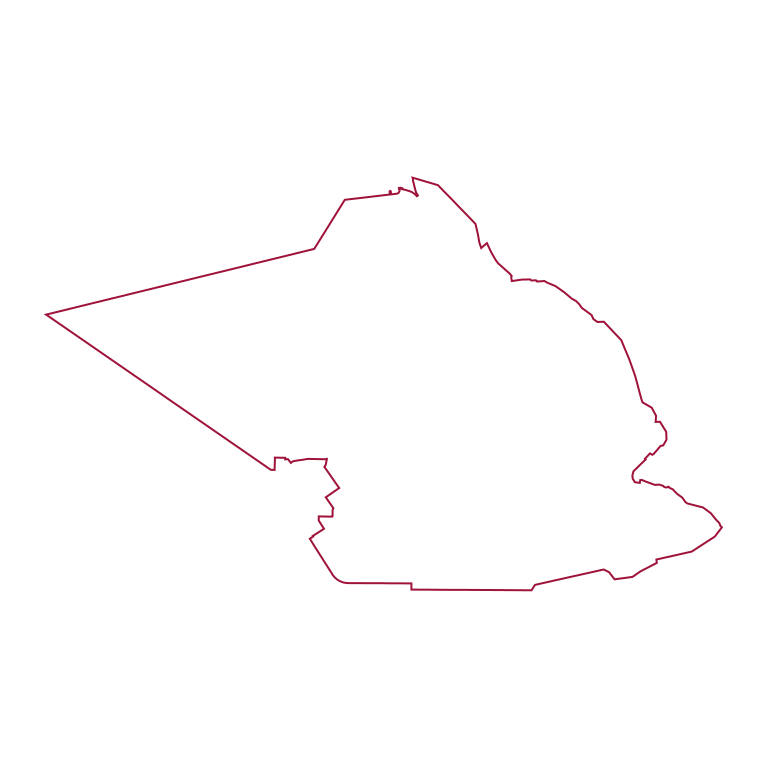 Noordoostpolder, Flevoland, Netherlands (Albers equal-area conic projection)
{"feature_id": "6326949B24285536392101", "entity_name": "Noordoostpolder", "entity_type": "district", "adm_level": 2, "iso_a3": "NLD", "parent_name": "Netherlands", "parent_adm1": "Flevoland", "projection": "albers", "projection_center": [5.775, 52.726], "detail": "fine", "context": "isolated", "style": "outline", "palette": "rose", "viewbox_px": 768, "rotation_deg": 0, "n_neighbors": 0, "source": "geoboundaries", "source_scale": "gbopen_adm2", "svg_char_len": 4818}
<svg xmlns="http://www.w3.org/2000/svg" viewBox="0 0 768 768"><path d="M683.6,553.4L691.7,551.6L702.0,544.9L714.8,536.6L717.0,533.7L721.9,527.3L720.3,525.7L719.4,523.1L715.9,519.5L710.9,513.3L703.1,507.5L687.9,503.6L686.7,503.1L685.2,501.8L684.0,500.0L683.5,499.3L682.7,498.2L681.9,497.3L678.8,495.1L676.6,493.4L672.6,489.2L669.6,487.9L668.5,486.7L666.5,487.5L664.4,487.1L663.2,485.9L659.3,484.6L654.9,484.9L646.1,481.7L641.7,479.9L640.2,480.1L639.8,482.9L634.9,482.2L633.4,479.7L632.7,478.7L632.4,475.3L633.5,471.3L639.8,465.1L645.7,459.4L645.0,458.7L647.4,456.2L650.0,453.4L652.2,454.8L653.5,454.2L660.5,446.0L663.3,445.3L666.5,439.7L666.2,431.8L660.0,421.8L655.6,421.9L656.1,415.9L651.7,407.7L642.6,402.4L641.9,400.7L641.1,398.1L638.4,388.0L638.3,387.5L635.1,375.8L629.4,359.6L624.9,348.9L621.3,340.2L612.5,330.9L603.8,321.7L597.5,322.0L593.4,319.1L591.6,315.1L581.8,307.9L579.2,304.2L576.0,301.0L571.7,298.6L564.5,292.5L555.5,286.1L547.3,282.7L544.4,281.0L537.8,281.5L537.7,281.5L537.6,281.4L537.4,281.3L536.8,281.3L536.8,281.1L536.8,280.9L535.9,280.3L531.3,280.5L530.2,279.4L521.7,279.6L511.8,281.1L511.2,277.2L511.7,276.0L509.8,273.7L498.2,263.4L495.6,259.9L491.2,252.2L486.9,243.1L481.2,248.0L480.6,246.2L479.6,243.3L479.2,241.8L478.0,234.8L476.6,228.6L475.5,224.0L472.0,220.3L467.3,215.4L459.3,207.2L453.9,201.5L450.0,197.5L443.4,190.8L438.0,185.2L431.3,183.2L418.4,179.4L412.6,177.7L413.0,179.2L413.0,179.3L412.9,180.2L412.9,180.3L413.2,181.5L414.1,185.1L415.0,188.7L415.3,190.1L415.4,190.3L415.5,190.6L415.6,190.9L415.7,191.2L415.8,191.5L415.9,191.8L416.0,192.1L416.1,192.4L416.2,192.7L416.3,192.8L416.5,193.2L416.6,193.5L417.1,194.3L417.3,194.4L417.5,194.7L417.4,194.8L417.4,195.0L417.8,195.6L416.8,196.2L416.7,196.0L416.5,195.8L416.3,195.5L416.1,195.4L415.9,195.1L415.6,194.8L415.1,194.4L414.5,193.9L414.0,193.5L413.6,193.2L412.9,192.7L412.4,192.4L412.1,192.2L411.7,192.0L411.2,191.8L410.5,191.5L410.0,191.3L409.6,191.2L408.0,190.7L406.5,190.2L405.4,189.9L403.8,189.5L402.1,189.2L402.3,188.3L400.6,187.8L400.5,188.0L399.6,187.9L399.4,187.9L399.2,187.9L399.2,188.0L398.9,188.2L398.9,188.3L398.8,188.5L398.9,188.8L399.0,188.9L399.0,189.0L399.3,189.1L399.8,189.2L399.4,191.2L399.4,191.4L399.3,191.7L399.1,191.9L399.0,192.2L398.9,192.4L398.7,192.6L398.5,192.8L398.2,193.1L397.8,193.3L397.5,193.5L397.3,193.5L397.1,193.6L396.8,193.7L391.1,194.4L390.8,191.5L390.6,191.1L390.1,190.9L389.7,191.2L389.6,191.6L389.9,194.5L372.2,196.6L362.9,197.7L355.1,198.6L344.8,199.8L341.5,205.1L321.8,236.8L314.2,248.9L297.5,253.0L193.5,278.5L173.9,283.3L46.1,314.6L156.6,390.9L173.3,402.5L270.8,469.8L274.6,469.9L274.7,466.6L274.9,460.4L274.9,457.6L285.2,457.8L285.2,459.4L286.1,459.2L288.0,459.2L288.2,459.4L288.4,459.7L289.0,460.5L290.9,462.9L291.3,462.5L292.0,462.0L292.2,461.8L292.3,461.7L292.5,461.6L292.8,461.5L292.9,461.4L293.1,461.3L293.4,461.2L293.6,461.1L293.9,461.1L294.0,461.1L298.0,460.4L303.0,459.7L307.0,459.0L307.4,459.0L307.8,458.9L308.0,458.9L308.6,458.9L313.0,459.0L318.0,459.1L323.0,459.2L326.2,459.2L326.3,459.2L326.5,458.9L326.9,458.9L326.9,459.0L326.8,459.5L326.5,460.8L326.0,463.4L326.0,463.7L325.9,464.0L325.8,464.3L325.7,464.6L325.6,464.9L325.5,465.1L325.4,465.4L325.2,465.7L325.1,465.9L324.9,466.1L324.8,466.4L324.6,466.7L324.7,466.9L324.5,467.1L325.3,468.2L328.0,472.0L331.6,477.2L338.5,487.1L338.6,487.3L339.2,488.0L325.8,497.3L332.4,506.8L333.4,508.3L333.2,508.6L333.1,508.8L333.0,509.0L332.9,509.1L332.9,509.3L332.8,509.5L332.7,509.8L332.7,510.0L332.6,510.3L332.6,510.6L332.6,510.8L332.6,515.9L332.5,516.0L332.4,516.0L332.2,516.1L332.2,516.6L328.9,516.6L318.8,516.4L318.7,518.9L318.7,519.5L318.7,519.8L318.7,520.0L318.8,520.1L318.8,520.3L318.8,520.5L319.0,520.8L319.1,521.1L321.5,524.9L324.0,528.8L312.7,536.0L313.1,536.6L309.8,538.7L311.7,541.7L315.0,547.0L318.4,552.3L325.1,562.9L331.8,573.4L332.1,574.0L332.3,574.2L332.5,574.6L332.7,574.9L332.9,575.2L333.1,575.5L333.4,575.8L333.6,576.0L333.8,576.3L334.1,576.6L334.3,576.9L334.5,577.2L334.8,577.4L335.0,577.7L335.4,578.0L335.6,578.2L335.9,578.5L336.2,578.7L336.5,579.0L336.9,579.3L337.2,579.5L337.6,579.8L338.1,580.1L338.5,580.4L338.8,580.5L339.2,580.7L339.5,580.9L339.8,581.1L340.2,581.3L340.8,581.5L341.2,581.7L341.6,581.9L341.9,582.0L342.2,582.1L342.5,582.2L342.8,582.3L343.2,582.4L343.6,582.5L343.9,582.6L344.3,582.6L344.7,582.7L344.9,582.8L345.4,582.9L345.6,582.9L346.0,582.9L346.4,583.0L346.8,583.0L347.1,583.0L347.5,583.0L347.8,583.1L348.5,583.1L368.9,583.2L370.9,583.2L375.1,583.2L381.4,583.2L388.6,583.3L411.4,583.4L411.4,589.6L430.2,589.7L442.2,589.8L457.1,589.9L468.8,589.9L504.1,590.1L531.5,590.3L535.0,584.9L553.1,580.8L563.4,578.5L572.8,576.4L589.0,572.8L603.7,569.5L609.1,572.2L614.5,579.3L621.5,578.4L632.5,576.9L640.6,571.3L656.8,562.9L656.4,559.5L673.5,555.7L683.6,553.4Z" fill="none" stroke="#9f1239" stroke-width="2"/></svg>